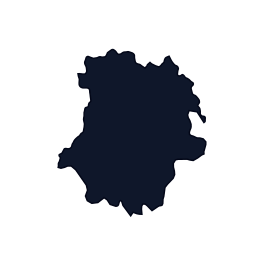 an SVG outline of Zapadno-Backi, rotated 230°
{"feature_id": "SRB-273", "entity_name": "Zapadno-Backi", "entity_type": "District", "adm_level": 1, "iso_a3": "SRB", "parent_name": "Republic of Serbia", "parent_adm1": "", "projection": "natural_earth1", "projection_center": [19.294, 45.728], "detail": "fine", "context": "isolated", "style": "filled", "palette": "ink", "viewbox_px": 256, "rotation_deg": 230, "n_neighbors": 0, "source": "natural_earth", "source_scale": "10m", "svg_char_len": 4728}
<svg xmlns="http://www.w3.org/2000/svg" viewBox="0 0 256 256"><g transform="rotate(230 128 128)"><path d="M129.5,61.1L135.4,60.1L137.7,57.4L138.7,54.1L140.3,50.8L142.7,49.2L143.2,49.8L143.7,50.4L145.1,51.5L145.6,52.0L145.9,52.5L146.4,53.9L146.8,54.5L148.3,56.7L148.6,57.1L149.0,57.2L150.7,57.3L151.1,57.5L151.4,57.7L151.7,58.0L151.7,58.3L151.7,58.7L151.3,60.4L151.2,61.0L151.3,61.7L152.8,65.4L152.9,65.6L152.9,66.0L152.8,66.3L152.6,66.7L152.3,67.1L151.8,67.6L151.1,68.2L150.5,68.7L150.1,69.5L149.7,70.2L149.6,70.8L149.6,71.5L149.7,72.1L149.9,72.7L150.2,73.2L151.4,74.9L152.0,76.7L152.8,78.5L153.1,79.6L153.3,81.1L153.4,83.7L153.2,85.7L153.3,86.3L153.7,87.5L153.8,88.0L153.9,88.6L153.7,90.1L153.7,90.6L153.8,91.2L154.1,91.8L154.6,92.3L155.6,93.5L156.9,95.1L158.8,97.0L159.6,97.6L162.0,98.8L163.1,99.5L164.0,100.4L165.3,102.0L166.0,102.6L168.1,104.4L168.3,104.7L168.7,105.3L170.0,106.9L170.5,107.5L170.8,108.2L170.8,108.7L170.0,110.6L170.0,111.1L170.1,111.5L170.4,111.9L171.4,113.0L171.7,113.5L172.0,114.0L172.2,114.5L172.2,115.8L172.3,116.4L172.6,116.9L173.1,117.4L176.1,119.3L177.9,120.5L180.0,121.8L181.2,122.7L181.6,122.9L182.5,123.3L182.9,123.4L183.3,123.3L183.8,123.2L184.4,122.9L185.4,122.1L185.8,121.6L187.0,120.1L187.8,119.2L188.4,118.8L189.0,118.4L189.5,118.2L190.0,118.1L190.7,118.0L191.4,118.1L191.9,118.2L192.4,118.4L193.0,118.8L194.1,119.7L196.5,122.0L197.5,122.5L199.5,123.3L200.9,124.1L201.7,124.6L200.8,125.7L198.3,128.1L197.8,128.7L197.3,129.3L197.0,129.9L197.0,130.4L197.0,130.8L197.3,131.8L197.6,132.3L198.0,132.9L198.5,133.3L200.9,134.9L202.0,135.4L204.6,136.1L205.4,136.5L206.2,137.1L206.7,137.8L207.5,139.3L208.6,140.9L208.8,141.3L209.0,141.8L208.9,142.5L208.7,143.1L208.2,143.6L206.3,144.6L203.6,146.2L201.6,149.5L201.1,151.4L200.8,151.9L200.6,152.3L198.9,153.7L198.5,154.2L197.5,155.7L197.3,156.2L197.2,156.8L197.3,157.3L197.4,157.7L198.0,159.2L198.7,160.4L198.8,160.8L198.8,161.3L198.7,162.9L198.5,165.2L198.4,165.9L198.2,166.4L197.8,166.9L197.5,167.1L197.1,167.3L195.6,167.7L194.2,167.8L192.0,167.6L191.5,167.7L191.1,167.8L190.5,168.1L190.1,168.6L189.8,169.1L189.4,169.9L189.3,170.5L189.1,172.4L189.0,173.0L188.8,173.4L188.6,173.9L187.5,175.3L186.7,176.7L186.4,177.1L186.1,177.4L184.9,178.2L182.7,179.5L181.7,179.8L181.2,179.9L180.6,179.9L180.1,179.8L179.7,179.7L179.3,179.4L177.8,178.2L177.4,177.9L174.7,176.4L173.7,176.0L173.2,175.9L172.7,175.9L171.8,176.1L171.0,176.5L169.7,177.4L169.1,177.8L168.6,178.0L166.7,178.4L163.0,179.5L163.3,182.4L163.4,182.6L163.9,183.4L164.0,183.9L164.1,187.0L163.0,187.1L161.7,187.4L158.0,189.0L155.4,190.6L155.1,190.8L154.9,191.3L154.7,191.9L154.7,193.1L154.8,193.7L155.1,195.1L155.2,195.7L155.1,197.1L155.2,197.6L155.5,198.2L156.7,199.8L157.0,200.4L157.4,201.2L157.5,201.8L157.5,202.5L157.4,203.0L156.8,204.9L156.6,205.6L152.8,204.7L151.3,204.4L150.5,204.3L148.8,204.2L147.1,204.2L146.3,204.3L145.6,204.5L144.2,205.2L143.5,205.4L142.9,205.4L142.5,205.3L141.6,205.0L141.0,204.6L140.6,204.0L139.7,202.7L137.7,200.6L136.9,200.1L136.3,200.0L135.7,200.1L135.2,200.4L134.8,200.9L134.5,201.4L134.2,202.1L134.1,203.4L134.0,203.8L133.8,204.1L133.4,204.3L133.0,204.4L132.4,204.5L131.8,204.5L130.9,204.4L130.3,204.4L129.7,204.4L129.1,204.6L128.0,205.2L126.5,205.7L125.7,205.9L123.2,206.1L122.4,206.3L121.3,206.7L120.8,206.8L120.4,206.7L120.0,206.5L119.7,206.3L119.2,205.6L119.1,205.2L119.0,204.7L119.0,203.9L118.9,203.4L118.6,202.6L118.0,201.9L117.2,201.4L113.4,199.6L112.8,199.4L112.4,199.3L111.8,199.4L111.1,199.6L109.8,200.3L109.0,200.5L108.3,200.6L105.8,200.6L104.2,200.5L103.5,200.3L103.1,200.1L102.3,199.6L101.9,199.3L101.6,198.9L101.4,198.5L100.9,196.7L100.7,196.3L100.4,196.0L100.1,195.8L99.6,195.6L99.1,195.6L97.6,195.6L97.0,195.5L96.4,195.3L94.4,194.1L92.5,192.5L92.1,192.3L91.6,192.2L91.0,192.1L90.3,192.2L89.9,192.3L89.4,192.5L87.9,193.8L87.3,194.0L86.9,194.0L86.5,193.9L85.9,193.5L84.9,192.5L83.7,191.5L83.4,191.0L83.4,190.6L83.4,190.0L83.4,189.7L96.0,191.3L102.1,186.0L99.8,182.1L97.1,180.7L94.0,180.1L90.4,178.7L88.3,177.0L87.4,175.8L86.7,174.4L85.4,172.3L83.5,171.0L81.6,171.5L79.8,172.7L76.1,174.4L74.0,176.7L71.3,178.6L67.4,178.7L65.3,176.9L61.1,170.8L59.3,169.5L60.0,167.2L60.3,162.2L61.2,157.1L63.7,154.9L66.1,153.3L71.9,146.2L73.1,143.9L71.8,140.0L68.8,137.6L65.2,135.8L62.3,133.7L60.5,130.3L59.6,122.2L58.7,118.1L52.6,111.4L51.1,109.1L47.8,106.1L47.0,104.5L47.4,103.3L48.2,102.2L48.6,100.6L49.3,93.3L56.0,92.8L58.6,92.3L60.2,90.5L59.5,88.4L57.3,86.2L53.0,83.2L54.9,81.2L56.6,79.8L60.2,77.7L59.0,73.6L71.9,74.4L76.0,76.1L77.2,75.6L77.4,74.7L76.9,73.6L75.3,71.3L75.1,70.3L75.3,69.3L76.0,68.3L81.0,65.2L86.3,65.9L90.0,64.9L90.3,57.0L93.6,51.9L98.5,50.1L103.2,51.7L106.3,57.0L111.0,59.4L129.5,61.1Z" fill="#0f172a" stroke="#020617" stroke-width="1.5"/></g></svg>